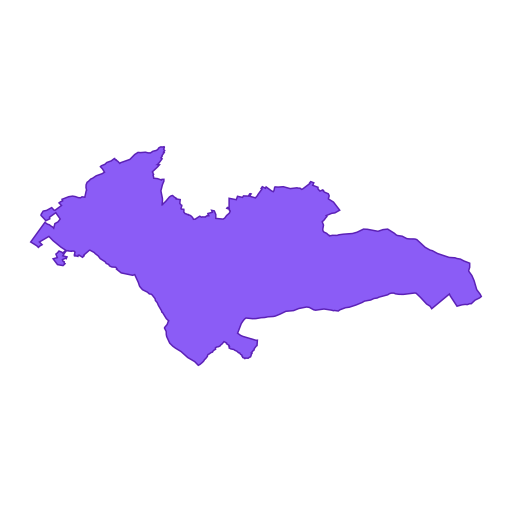 Chinteni, Cluj, Romania
{"feature_id": "2599482B62695638429632", "entity_name": "Chinteni", "entity_type": "district", "adm_level": 2, "iso_a3": "ROU", "parent_name": "Romania", "parent_adm1": "Cluj", "projection": "robinson", "projection_center": [23.558, 46.886], "detail": "fine", "context": "isolated", "style": "filled", "palette": "violet", "viewbox_px": 512, "rotation_deg": 0, "n_neighbors": 0, "source": "geoboundaries", "source_scale": "gbopen_adm2", "svg_char_len": 6023}
<svg xmlns="http://www.w3.org/2000/svg" viewBox="0 0 512 512"><path d="M469.7,263.2L463.8,260.9L460.4,259.1L456.9,258.5L455.0,257.8L449.1,257.4L437.5,253.5L432.4,250.7L430.1,250.1L425.1,247.3L416.8,239.6L414.9,239.0L409.1,238.9L406.8,238.6L402.2,236.2L397.5,235.5L396.3,235.0L394.4,233.3L387.7,229.1L383.0,229.6L378.0,231.3L367.5,229.3L363.5,229.1L357.1,232.2L352.5,233.5L343.2,234.2L338.8,234.8L337.1,235.4L332.6,235.3L329.4,235.9L329.2,235.3L328.3,234.9L326.6,233.3L324.0,232.1L323.2,231.2L322.8,230.2L322.8,228.9L323.5,225.1L322.2,221.8L324.2,219.9L325.8,217.7L326.9,216.5L326.2,215.6L331.8,213.3L334.9,212.9L339.7,210.2L333.5,202.1L328.4,198.9L328.6,197.4L328.9,197.2L329.1,196.2L329.1,195.5L328.3,193.8L324.4,192.1L323.2,190.9L323.5,190.5L322.7,189.9L320.0,191.1L318.0,189.0L318.0,187.3L312.7,185.3L313.8,182.8L310.7,181.6L309.6,183.0L309.9,183.3L309.6,183.7L302.6,189.0L301.7,189.4L300.1,188.2L297.8,188.1L297.1,187.8L290.2,188.6L283.3,186.7L278.2,187.1L275.0,186.9L274.6,187.5L274.0,190.6L273.2,191.7L271.4,190.8L266.1,186.9L265.4,188.3L262.3,186.7L261.1,188.5L262.0,189.0L257.9,194.6L257.6,195.4L255.4,197.9L249.6,196.2L251.1,193.9L250.5,193.7L250.2,194.1L249.7,193.9L248.4,196.1L243.5,195.9L242.5,197.4L237.5,196.3L236.3,199.7L229.1,198.3L229.1,207.2L228.7,207.5L227.4,207.5L226.8,208.3L228.6,209.0L229.3,208.9L229.4,210.3L230.0,210.6L230.2,211.3L229.6,212.1L229.7,212.5L229.3,213.2L226.6,215.5L224.7,218.1L223.1,219.1L215.8,218.4L215.8,214.5L214.3,210.9L211.6,210.3L212.4,212.3L207.9,213.5L208.8,215.7L207.8,215.8L207.7,215.4L207.4,215.5L205.7,216.6L205.5,217.0L202.3,216.9L201.5,217.2L199.8,216.2L195.8,218.7L195.6,219.1L193.4,219.3L193.0,218.2L192.1,217.0L190.6,215.6L188.7,214.8L188.4,215.0L188.0,214.4L187.1,214.5L186.6,214.0L185.2,213.7L183.8,212.1L183.9,210.3L183.8,209.3L181.3,209.1L181.0,208.3L181.7,206.3L181.8,205.3L181.1,205.0L179.8,203.4L180.2,199.6L176.4,199.0L176.0,198.8L176.3,198.3L174.2,197.0L172.6,195.5L171.2,195.8L169.4,197.0L165.7,201.4L162.9,204.0L162.6,204.7L162.1,204.8L162.5,200.3L162.4,198.3L160.9,190.8L162.4,184.8L163.9,181.1L163.9,179.3L161.8,179.4L161.5,180.0L157.4,178.6L153.7,178.2L153.5,176.5L153.1,175.4L153.6,174.3L153.1,173.9L153.0,172.8L152.4,172.1L152.4,171.8L157.6,166.9L159.4,164.8L157.9,164.7L158.0,164.4L157.8,164.4L158.3,164.1L158.3,163.4L158.9,163.1L162.1,158.8L161.0,157.9L162.2,156.1L162.0,155.6L164.2,152.5L163.5,152.1L164.7,150.6L163.6,149.2L164.3,147.7L164.3,147.0L164.0,146.7L163.0,147.0L160.8,146.9L160.0,147.2L158.7,148.0L157.9,149.3L156.4,150.4L152.8,151.3L150.5,152.9L148.2,152.9L145.5,152.2L140.4,152.6L138.0,152.4L134.7,154.5L129.9,159.4L120.6,162.7L119.8,163.4L117.8,161.3L116.5,160.4L116.4,160.0L116.0,160.1L114.9,159.2L114.7,158.5L114.4,158.5L111.2,160.9L106.8,162.5L104.9,164.3L101.3,165.8L100.4,166.7L102.4,168.8L104.5,172.2L102.1,173.7L96.2,175.8L92.5,178.3L90.8,179.0L88.5,181.3L87.1,182.3L86.1,184.8L86.0,187.6L86.6,190.3L86.2,190.8L84.8,197.2L82.0,196.8L80.5,197.8L78.2,197.6L75.4,196.6L72.6,196.1L68.7,196.7L62.0,199.3L62.6,200.8L60.5,201.8L59.0,202.9L61.5,205.5L55.0,210.3L54.0,210.1L51.7,207.6L46.6,210.4L43.2,211.1L41.1,214.4L41.0,215.4L45.2,219.9L45.7,220.8L49.8,218.8L49.5,217.2L55.8,212.7L60.2,219.0L58.0,221.9L54.9,223.6L53.7,228.2L52.6,227.0L51.5,226.4L49.2,224.7L47.5,224.2L44.9,222.4L30.7,242.0L36.8,245.8L38.4,247.4L39.7,246.1L42.1,244.7L39.4,242.0L48.9,236.4L53.1,240.7L60.9,247.1L66.1,250.5L64.5,251.4L62.8,253.1L61.9,252.2L59.0,251.0L57.4,252.9L55.9,254.1L57.3,257.6L53.1,258.8L57.5,264.6L63.0,265.6L64.7,264.1L65.0,263.6L64.4,263.4L64.1,262.1L64.2,261.8L62.8,261.0L62.4,259.6L65.8,258.2L66.2,258.6L67.0,256.9L62.8,255.8L65.0,252.4L66.5,250.7L68.1,250.7L68.1,250.9L71.6,251.3L71.9,251.0L74.0,251.1L75.0,252.1L74.3,255.0L74.9,255.1L74.7,255.9L76.6,256.0L77.9,256.4L78.3,255.2L79.1,255.5L79.3,255.2L82.5,257.3L84.1,255.8L83.7,255.2L89.4,250.2L90.0,250.2L94.2,252.5L95.2,253.6L98.2,255.9L100.2,258.6L105.2,261.8L106.2,263.4L108.8,264.5L109.3,265.6L110.1,266.2L111.9,267.0L115.7,267.2L117.0,268.8L116.6,269.2L121.2,272.9L132.7,275.3L134.7,274.6L138.3,282.4L139.5,286.0L140.3,287.2L142.5,289.7L147.5,292.2L149.3,293.9L151.3,294.2L152.1,294.9L155.1,298.7L155.4,300.5L157.2,302.6L158.4,305.4L161.5,310.7L161.8,312.1L162.5,312.4L166.3,318.6L168.7,320.9L168.3,321.3L167.2,324.4L164.6,327.5L164.5,328.1L166.2,331.5L166.3,334.6L166.7,336.6L169.7,343.1L172.8,346.2L175.4,348.1L181.0,351.5L187.7,357.5L194.7,361.6L198.3,365.3L200.0,364.4L202.5,362.3L203.8,360.9L204.5,359.6L205.5,358.8L207.4,356.4L207.5,355.4L208.2,354.3L209.0,354.1L211.0,352.6L212.5,352.1L212.6,351.6L213.8,350.3L215.6,349.2L215.3,348.1L215.5,347.7L216.7,347.0L218.5,346.7L220.1,345.9L220.9,344.8L222.0,344.0L224.0,341.6L226.6,343.0L226.5,343.7L229.1,345.4L228.8,346.1L229.5,346.6L229.1,347.9L230.8,348.9L233.9,349.5L234.7,350.2L236.9,351.2L238.6,352.8L239.6,352.9L240.6,354.4L241.7,354.9L242.0,355.6L241.9,356.0L242.7,356.9L242.7,357.4L243.3,357.8L244.1,357.9L244.9,358.6L245.4,358.1L248.3,358.2L249.4,357.2L250.5,356.9L251.1,355.5L251.2,354.5L251.8,353.5L251.6,353.3L252.0,353.3L252.0,351.9L252.9,351.1L253.2,350.4L254.0,350.1L254.3,348.6L256.3,346.0L257.0,345.6L257.4,340.2L256.0,340.3L242.9,336.4L240.6,335.4L237.6,333.2L241.3,323.5L243.2,320.7L244.5,319.1L246.0,318.0L252.6,318.7L255.9,318.6L261.1,317.7L264.7,317.5L267.9,316.8L273.2,316.5L275.2,316.1L280.1,314.1L285.9,311.3L293.6,310.6L298.8,308.5L306.6,307.0L309.3,307.4L313.7,309.8L315.6,310.2L324.0,309.0L331.3,310.1L333.5,310.7L334.5,310.5L338.3,311.0L339.9,309.8L345.5,307.7L349.3,307.2L356.0,305.0L362.3,302.4L364.5,301.1L370.7,300.0L373.9,298.5L377.2,298.0L379.1,297.1L387.7,294.8L389.6,293.6L391.5,293.1L393.9,293.1L395.4,293.8L398.9,294.3L403.3,294.4L414.7,293.0L416.1,293.2L420.3,297.2L426.6,304.0L430.1,306.2L431.7,308.7L449.4,294.0L450.2,295.8L457.0,306.2L462.0,304.8L465.2,304.4L467.3,304.6L469.6,303.7L471.3,303.7L475.1,300.1L479.6,297.9L481.3,296.5L480.2,294.3L476.7,289.6L474.1,280.7L471.9,275.6L468.8,271.3L468.7,270.5L469.7,267.3L469.7,263.2Z" fill="#8b5cf6" stroke="#5b21b6" stroke-width="1.5"/></svg>